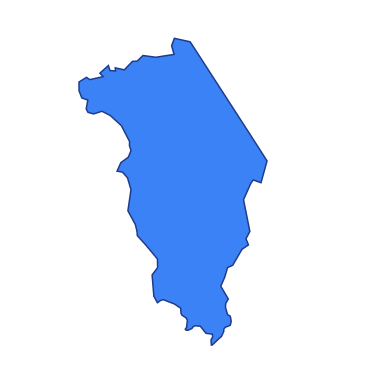 the district of Contra Costa, California, United States of America, rotated 254°
{"feature_id": "52423323B95554273469006", "entity_name": "Contra Costa", "entity_type": "district", "adm_level": 2, "iso_a3": "USA", "parent_name": "United States of America", "parent_adm1": "California", "projection": "natural_earth1", "projection_center": [-122.042, 37.91], "detail": "fine", "context": "isolated", "style": "filled", "palette": "blue", "viewbox_px": 384, "rotation_deg": 254, "n_neighbors": 0, "source": "geoboundaries", "source_scale": "gbopen_adm2", "svg_char_len": 1389}
<svg xmlns="http://www.w3.org/2000/svg" viewBox="0 0 384 384"><g transform="rotate(254 192 192)"><path d="M336.9,231.6L344.6,217.4L338.2,212.7L329.2,212.7L331.5,194.4L336.7,182.5L332.9,175.3L334.0,170.8L328.1,160.6L332.5,152.4L329.4,151.9L331.4,146.6L336.6,146.5L331.6,136.2L327.4,138.4L328.2,124.7L331.3,122.2L328.9,113.7L320.4,111.3L312.8,112.0L309.1,117.2L301.0,113.2L297.2,114.0L294.2,118.9L294.4,127.7L288.1,134.5L275.2,142.4L257.8,145.9L253.6,144.6L248.7,144.8L243.1,140.5L239.8,131.7L232.7,125.7L230.3,130.6L223.5,133.9L211.1,134.0L191.6,125.2L176.2,128.6L168.7,128.2L165.1,127.4L153.3,133.2L151.9,133.8L137.1,140.3L128.8,138.1L123.3,130.8L102.4,126.6L95.1,128.2L95.3,129.0L96.4,131.9L96.4,134.8L92.8,139.5L89.3,144.1L83.4,149.1L78.4,148.0L76.5,148.3L73.1,151.2L72.8,151.5L70.0,152.2L63.4,149.5L62.0,147.7L60.6,148.4L60.2,150.4L60.9,154.4L62.2,156.1L62.6,158.0L60.7,163.0L52.3,166.5L49.7,172.4L46.8,171.8L45.6,170.5L44.4,169.4L39.5,168.4L39.4,169.4L43.7,177.7L44.9,180.4L49.2,184.1L51.3,184.7L52.8,186.6L53.3,191.9L54.4,192.7L56.8,194.0L60.6,194.5L62.4,194.4L64.2,192.4L71.9,192.4L75.6,193.7L79.1,197.4L93.5,193.7L101.0,199.9L109.6,205.4L110.4,211.0L123.1,224.2L125.6,231.7L132.2,231.0L138.1,236.7L147.1,237.5L149.7,237.7L170.4,239.4L184.3,251.1L186.7,254.2L181.9,260.9L201.2,272.7L230.0,264.1L330.1,233.7L336.9,231.6Z" fill="#3b82f6" stroke="#1e3a8a" stroke-width="1.5"/></g></svg>